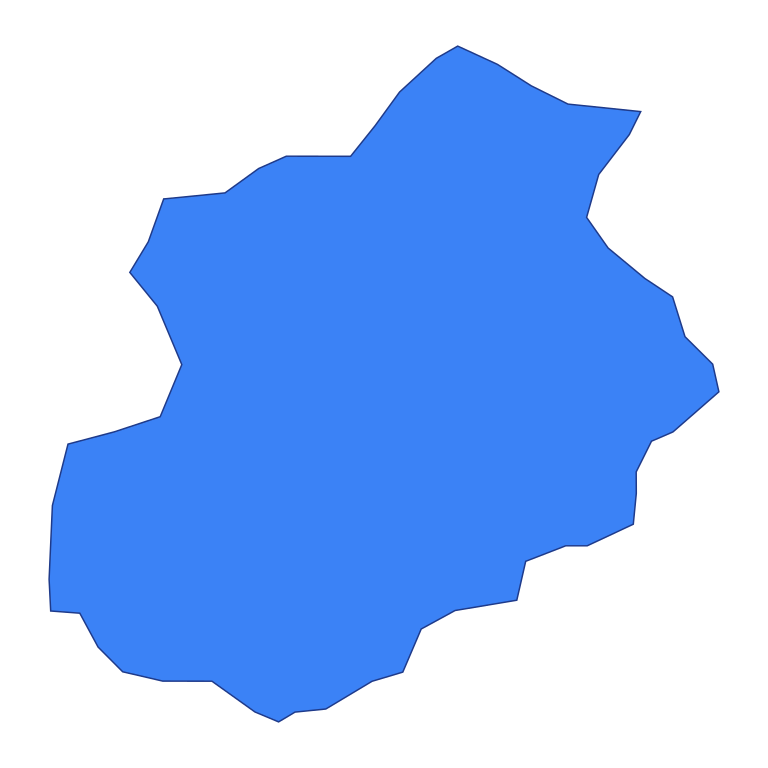 Sjöbo, Skåne, Sweden
{"feature_id": "70781695B31496650101497", "entity_name": "Sjöbo", "entity_type": "district", "adm_level": 2, "iso_a3": "SWE", "parent_name": "Sweden", "parent_adm1": "Skåne", "projection": "albers", "projection_center": [13.784, 55.677], "detail": "fine", "context": "isolated", "style": "filled", "palette": "blue", "viewbox_px": 768, "rotation_deg": 0, "n_neighbors": 0, "source": "geoboundaries", "source_scale": "gbopen_adm2", "svg_char_len": 805}
<svg xmlns="http://www.w3.org/2000/svg" viewBox="0 0 768 768"><path d="M640.7,111.6L568.0,104.1L531.2,85.8L497.5,64.4L457.7,46.1L436.3,58.3L399.6,92.0L375.1,125.7L350.6,156.3L286.3,156.2L258.7,168.5L225.0,192.9L165.1,198.8L163.7,198.9L148.3,241.8L130.6,271.1L129.8,272.4L157.3,306.2L181.8,364.6L160.2,416.7L114.1,431.9L68.0,444.1L52.4,505.5L49.1,579.3L50.7,611.0L79.8,613.2L98.1,647.1L122.7,671.8L162.7,681.1L211.9,681.2L255.0,712.0L278.6,721.9L295.0,712.1L325.8,709.0L372.0,681.3L402.8,672.1L421.2,629.0L455.1,610.5L516.8,600.2L525.7,561.3L565.7,545.8L587.2,545.8L633.3,524.2L636.3,493.4L636.2,471.9L651.5,441.2L673.0,431.9L718.9,391.8L712.7,364.2L685.0,336.7L672.6,296.9L644.9,278.5L608.1,248.0L586.6,217.4L598.7,174.5L629.3,134.6L640.7,111.6Z" fill="#3b82f6" stroke="#1e3a8a" stroke-width="1.5"/></svg>